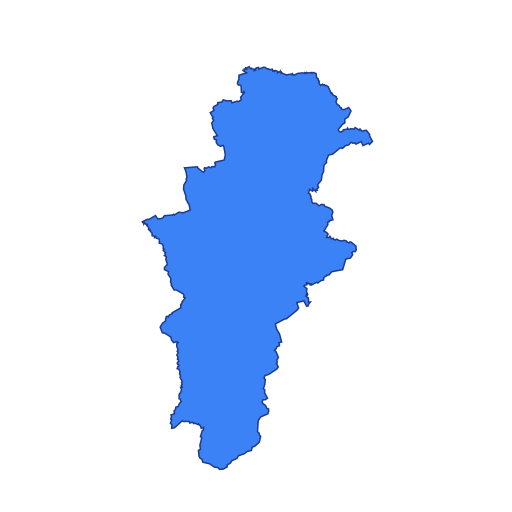 Khao Chakan, Sa Kaeo, Thailand (orthographic projection), rotated 330°
{"feature_id": "78962969B13741578736552", "entity_name": "Khao Chakan", "entity_type": "district", "adm_level": 2, "iso_a3": "THA", "parent_name": "Thailand", "parent_adm1": "Sa Kaeo", "projection": "orthographic", "projection_center": [102.011, 13.617], "detail": "fine", "context": "isolated", "style": "filled", "palette": "blue", "viewbox_px": 512, "rotation_deg": 330, "n_neighbors": 0, "source": "geoboundaries", "source_scale": "gbopen_adm2", "svg_char_len": 6141}
<svg xmlns="http://www.w3.org/2000/svg" viewBox="0 0 512 512"><g transform="rotate(330 256 256)"><path d="M143.5,292.4L142.1,294.9L141.7,298.0L140.1,299.1L140.5,300.5L137.9,302.2L137.9,304.2L136.3,306.3L137.0,306.8L136.4,308.6L134.7,308.9L133.9,310.1L134.6,311.5L134.2,312.7L133.3,312.5L131.4,314.1L132.6,315.6L132.2,318.4L130.9,319.8L130.7,322.2L129.5,323.1L129.4,327.9L128.2,328.3L128.1,330.1L126.6,330.6L126.4,332.6L125.1,332.0L124.8,334.2L122.8,336.3L120.2,337.4L118.0,341.2L118.7,342.0L118.4,344.8L116.1,345.3L113.5,347.4L111.0,346.8L109.5,348.7L107.4,349.3L106.6,351.9L102.9,351.1L102.7,352.5L100.6,354.6L101.2,355.6L98.2,358.1L98.9,359.9L96.8,363.1L99.7,364.0L109.9,361.8L110.3,363.0L115.5,365.9L115.1,367.6L117.8,368.1L118.3,370.1L119.3,370.0L121.6,373.1L122.3,372.7L122.9,375.4L122.4,377.8L124.9,378.3L123.5,380.5L122.4,380.2L117.5,384.7L118.3,385.5L117.3,387.2L112.8,391.8L111.2,395.7L109.0,395.5L106.5,401.0L106.5,403.4L107.6,404.9L106.8,408.0L112.0,412.8L114.4,418.0L117.4,420.4L117.7,422.5L121.1,424.2L125.6,424.2L126.4,422.6L130.4,422.5L132.9,421.2L138.3,421.8L140.7,420.2L147.0,421.4L150.4,420.9L154.8,422.1L157.1,419.7L159.9,420.1L165.7,418.9L169.9,414.5L169.4,412.9L170.1,410.9L169.4,409.0L175.6,399.7L179.5,397.7L187.3,398.6L189.3,396.9L190.4,394.7L189.2,393.4L189.5,390.4L187.9,386.3L189.9,384.0L192.6,385.2L194.9,384.8L195.0,379.0L196.6,376.3L196.1,374.6L199.3,371.7L202.4,367.5L201.9,366.1L202.9,364.7L203.9,364.1L208.0,364.9L217.5,364.3L219.8,363.3L219.9,359.4L220.9,359.2L222.0,356.6L224.7,355.0L225.5,349.0L224.9,346.7L227.2,346.4L228.8,345.0L231.5,345.4L232.5,342.6L235.2,343.3L237.4,335.2L237.3,329.7L238.8,324.5L249.3,324.9L251.0,325.6L264.5,323.4L266.9,322.4L268.0,316.7L275.0,318.9L274.7,324.9L276.5,325.2L277.4,324.0L280.1,323.0L278.4,322.2L280.4,318.6L279.1,315.7L280.4,314.6L280.9,315.6L281.6,315.1L281.7,312.5L283.8,309.7L282.4,306.2L283.3,305.6L285.6,306.3L286.4,304.5L287.6,305.4L287.0,305.9L288.6,306.9L288.4,307.6L289.4,307.8L288.8,308.3L289.5,308.9L295.2,309.0L296.0,310.3L299.8,309.8L302.5,310.6L304.2,308.4L307.2,308.5L307.5,307.9L309.7,308.9L313.8,307.5L324.2,311.2L332.2,303.6L336.8,305.0L340.4,303.2L340.7,301.0L342.7,300.8L344.1,301.9L345.8,300.9L347.5,297.4L345.3,291.5L344.3,290.7L343.1,291.2L341.7,289.1L341.8,288.2L340.1,286.4L338.2,286.1L335.8,284.3L334.3,281.7L332.7,281.8L331.6,280.5L331.9,279.5L329.9,278.8L329.9,275.9L327.9,276.4L327.1,275.3L325.7,275.4L329.4,273.1L329.0,271.0L327.3,268.4L334.0,264.7L334.9,262.6L336.9,262.9L337.2,262.1L340.7,263.1L341.9,258.5L344.4,256.6L345.0,254.7L343.8,251.4L340.3,247.1L340.6,245.5L338.3,244.0L335.7,244.1L334.5,240.5L331.5,238.7L331.5,236.9L332.6,234.8L332.3,233.1L333.4,232.2L333.7,228.9L332.8,227.9L335.8,225.0L337.3,228.1L338.3,227.8L339.0,226.1L340.0,230.1L340.7,228.9L341.9,229.6L342.4,228.3L344.5,227.9L345.0,225.1L350.6,222.9L353.7,218.8L356.7,216.7L360.2,211.4L363.9,210.3L364.7,208.5L369.3,204.9L373.5,206.1L381.7,204.6L383.5,204.7L384.6,206.1L388.7,205.2L391.9,206.1L395.1,205.0L396.1,206.6L398.2,207.6L398.5,209.1L404.4,209.5L403.8,213.9L409.9,214.5L410.0,216.2L414.2,215.0L414.4,208.6L415.2,207.7L414.4,202.2L410.1,200.8L409.6,198.0L408.4,198.6L406.0,194.3L404.3,195.0L401.4,193.0L400.1,193.1L399.2,192.4L399.3,191.0L398.2,191.7L394.9,190.4L394.7,191.1L391.3,191.1L390.2,189.4L390.7,187.5L396.8,185.2L399.6,185.1L401.2,181.9L405.5,181.6L410.8,177.9L410.5,173.8L405.4,173.3L403.4,171.6L404.0,170.3L403.1,169.3L403.3,167.4L402.1,165.3L402.3,162.5L405.0,160.2L404.6,158.8L405.2,158.1L403.1,155.0L403.2,152.7L402.4,152.7L403.2,145.6L402.1,143.4L401.0,143.0L401.0,141.9L399.7,141.7L399.6,140.5L397.2,140.6L397.1,137.6L398.2,136.4L397.8,135.0L398.5,133.6L397.6,131.9L399.3,128.0L397.2,125.6L395.7,125.6L395.6,124.7L392.3,123.4L391.8,122.4L391.1,122.7L390.0,121.6L389.5,122.4L388.0,120.7L383.3,118.7L379.7,118.4L378.9,117.9L378.7,116.6L378.3,117.0L378.2,116.3L372.9,114.4L370.2,111.0L369.9,109.2L369.2,109.6L369.4,108.3L368.8,108.9L368.5,108.2L366.3,108.0L367.0,106.9L366.2,105.8L365.2,104.8L364.4,105.3L364.1,104.4L363.0,104.3L363.5,102.3L361.1,101.6L360.3,100.0L359.0,99.4L358.3,97.3L356.7,96.2L352.0,95.6L352.5,94.0L350.1,93.2L348.9,93.8L348.7,94.9L347.1,94.6L348.1,93.5L346.0,91.9L346.2,91.2L344.8,90.9L344.7,88.6L342.2,88.6L341.1,87.8L340.4,88.3L340.8,89.2L339.2,88.3L338.7,89.3L337.2,88.3L339.5,92.7L331.6,90.9L329.9,93.9L326.3,97.0L326.1,99.0L327.8,100.2L328.0,101.5L325.2,106.9L326.1,108.2L327.8,107.5L327.7,108.7L322.1,110.8L321.3,113.3L318.4,113.6L317.1,112.5L311.8,111.3L312.1,109.0L308.4,107.2L305.7,104.4L303.3,105.6L299.5,104.0L298.6,105.6L294.0,105.5L292.7,106.6L292.4,108.9L288.0,109.0L288.0,114.7L287.1,114.9L287.0,117.6L284.2,118.6L282.4,124.2L282.7,132.5L279.1,131.6L278.2,133.8L279.9,136.0L278.4,137.4L278.4,140.4L280.1,143.3L282.8,143.7L282.8,145.2L280.0,153.1L276.4,157.0L267.7,154.3L266.7,154.9L266.6,156.7L264.7,158.2L262.8,156.6L261.2,157.0L259.5,155.1L257.5,155.3L255.6,153.9L254.8,154.3L254.5,156.5L252.2,157.3L249.7,151.0L249.8,149.4L238.1,143.9L237.7,147.5L235.6,153.3L233.9,154.5L233.7,155.8L229.1,158.4L226.7,161.8L225.3,168.8L223.7,172.0L223.6,178.4L222.0,183.3L214.6,182.2L211.1,179.5L205.7,179.6L205.5,178.7L204.1,178.7L196.9,175.3L194.5,176.3L191.6,176.0L189.4,174.6L189.2,170.7L181.7,170.8L180.3,169.9L174.7,169.5L174.6,170.4L175.8,170.7L174.9,172.2L176.1,171.7L176.6,174.2L176.9,173.6L177.8,174.3L176.8,175.2L177.3,178.0L176.2,179.0L176.5,180.4L177.4,180.4L176.8,182.1L177.5,183.8L176.2,186.6L178.1,188.1L177.4,189.2L178.8,189.1L178.5,190.7L180.4,192.6L180.4,193.8L178.6,196.4L180.6,198.4L180.8,200.8L179.2,203.4L179.9,204.2L178.4,204.9L179.4,207.6L178.6,207.8L178.0,209.8L177.0,209.8L177.9,212.2L176.2,213.8L175.2,218.8L170.9,220.2L169.9,222.1L172.5,225.8L170.7,227.7L171.1,232.7L168.9,236.0L168.8,238.5L168.0,238.7L168.1,244.5L170.0,245.5L173.9,252.3L174.1,253.9L172.8,255.5L173.8,256.8L168.9,258.9L167.7,260.4L166.7,260.3L164.8,263.3L155.0,263.2L154.4,264.2L151.5,263.7L149.7,265.0L148.8,263.6L147.9,263.7L144.8,267.2L141.5,267.4L137.4,269.7L136.5,275.7L138.5,277.3L141.7,283.6L140.8,286.5L141.3,289.8L145.0,290.9L145.3,292.0L143.5,292.4Z" fill="#3b82f6" stroke="#1e3a8a" stroke-width="1.5"/></g></svg>